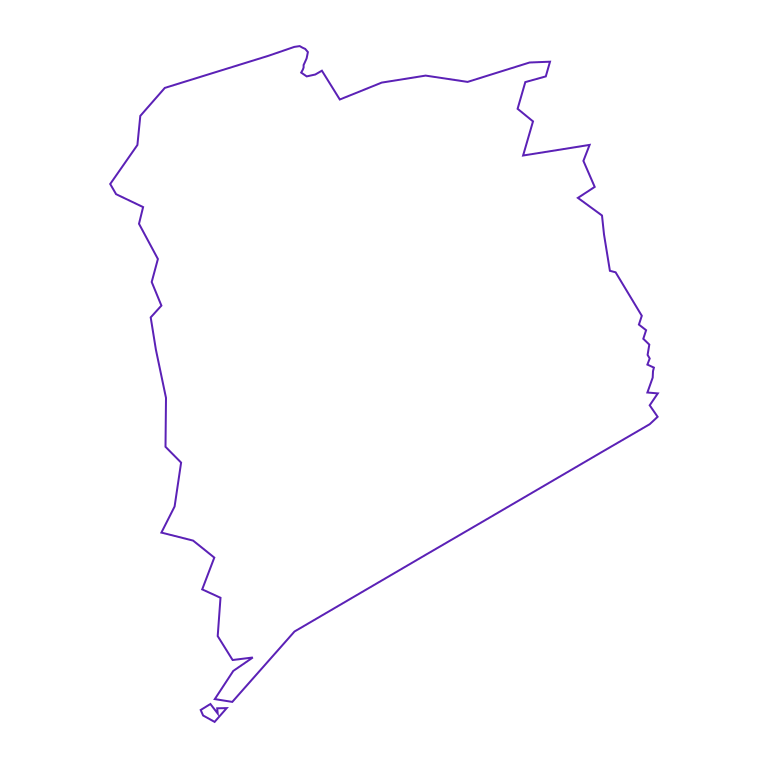 outline of Pickens, South Carolina, United States of America
{"feature_id": "52423323B51993782969568", "entity_name": "Pickens", "entity_type": "district", "adm_level": 2, "iso_a3": "USA", "parent_name": "United States of America", "parent_adm1": "South Carolina", "projection": "robinson", "projection_center": [-82.722, 34.847], "detail": "fine", "context": "isolated", "style": "outline", "palette": "violet", "viewbox_px": 768, "rotation_deg": 0, "n_neighbors": 0, "source": "geoboundaries", "source_scale": "gbopen_adm2", "svg_char_len": 1206}
<svg xmlns="http://www.w3.org/2000/svg" viewBox="0 0 768 768"><path d="M321.9,70.7L315.3,74.5L306.7,76.4L301.2,72.6L302.9,69.5L303.6,67.5L303.6,65.0L304.6,62.9L306.6,58.4L307.9,52.1L305.2,48.9L302.3,47.6L302.2,47.5L299.7,46.1L294.3,46.9L268.4,55.8L164.8,87.9L140.3,115.9L137.4,145.0L110.2,184.0L116.1,194.2L143.1,207.1L139.0,223.8L157.9,259.0L151.7,282.0L161.4,305.6L150.7,317.4L155.9,349.7L166.0,397.9L165.5,446.8L181.1,462.6L174.6,506.5L161.4,532.6L193.1,540.6L214.3,557.6L202.2,589.4L220.5,597.8L217.7,636.1L232.6,660.0L252.8,657.5L233.3,670.9L214.8,699.1L232.3,701.9L241.1,691.9L294.5,631.5L426.9,554.1L474.5,526.4L601.0,452.5L649.7,424.2L657.6,416.8L649.7,405.3L657.8,393.4L647.4,392.5L652.7,377.6L653.0,371.2L653.9,367.6L647.4,364.6L649.7,358.5L647.6,354.9L649.3,344.6L643.3,338.8L646.1,330.2L638.9,324.6L641.8,315.8L615.6,272.3L609.9,270.8L604.0,234.4L602.0,215.5L577.9,197.9L594.7,186.9L583.4,160.9L589.6,144.9L523.1,155.5L533.0,121.4L517.6,108.8L525.3,82.1L545.8,76.4L550.0,61.7L529.6,62.5L467.6,81.9L425.6,75.6L381.7,82.6L339.8,99.5L321.9,70.7ZM214.6,721.9L226.7,708.1L217.2,708.3L217.7,713.5L210.4,704.0L200.7,710.0L203.1,715.5L214.6,721.9Z" fill="none" stroke="#5b21b6" stroke-width="2"/></svg>